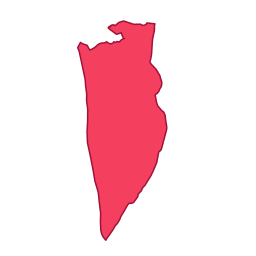 outline of Sikhottabong, Vientiane [prefecture], Laos, rotated 259°
{"feature_id": "54806243B78936618260326", "entity_name": "Sikhottabong", "entity_type": "district", "adm_level": 2, "iso_a3": "LAO", "parent_name": "Laos", "parent_adm1": "Vientiane [prefecture]", "projection": "equal_earth", "projection_center": [102.525, 18.0], "detail": "fine", "context": "isolated", "style": "filled", "palette": "rose", "viewbox_px": 256, "rotation_deg": 259, "n_neighbors": 0, "source": "geoboundaries", "source_scale": "gbopen_adm2", "svg_char_len": 2361}
<svg xmlns="http://www.w3.org/2000/svg" viewBox="0 0 256 256"><g transform="rotate(259 128 128)"><path d="M221.0,97.6L216.7,94.1L215.3,94.1L213.1,94.7L198.3,95.0L183.6,95.2L177.3,94.4L168.8,93.9L163.3,92.6L153.8,92.0L146.1,90.4L142.2,89.6L132.2,87.1L121.4,85.4L104.8,85.7L93.1,85.7L82.1,85.4L70.9,86.5L65.9,86.2L61.5,85.7L57.1,85.4L49.8,84.9L46.8,84.3L41.1,83.0L35.9,82.3L33.3,81.8L29.7,81.9L26.3,82.6L24.5,83.5L22.4,84.5L22.2,84.9L23.9,86.3L26.0,88.7L29.8,92.6L31.8,94.5L34.4,96.7L35.4,98.2L37.0,100.0L39.1,101.8L40.5,102.9L42.4,104.0L46.4,107.7L51.0,111.6L52.7,113.1L53.9,114.7L53.5,116.3L53.5,118.1L54.0,119.5L54.9,120.4L56.5,122.2L58.9,124.6L59.6,124.9L60.6,124.9L61.8,126.3L62.8,127.7L63.5,128.8L66.6,131.1L68.8,134.0L73.7,138.5L76.2,140.9L80.4,144.1L85.6,147.6L88.6,149.6L97.1,153.0L98.7,153.7L99.6,155.6L101.0,156.8L106.1,159.3L119.3,165.7L122.1,166.3L126.7,166.4L130.6,166.6L133.2,166.9L136.8,166.1L138.5,164.5L142.0,162.6L143.7,161.6L145.9,161.1L148.3,160.9L154.8,161.0L155.4,161.1L155.6,161.2L156.5,163.5L158.1,165.2L160.4,166.8L162.4,168.6L164.9,169.6L167.3,169.9L170.0,169.5L173.1,169.3L174.6,168.9L175.9,168.2L177.4,167.9L180.7,166.5L183.8,164.5L186.0,163.1L188.3,162.1L189.1,162.2L191.3,163.4L195.9,165.2L206.0,167.8L209.8,168.9L210.1,168.9L214.9,170.9L217.9,172.2L219.7,172.8L222.3,173.3L222.7,173.4L225.1,174.2L226.9,168.7L227.3,167.5L227.4,166.8L227.3,166.3L226.7,166.1L226.5,165.6L225.8,164.0L225.8,162.9L226.1,161.8L226.9,160.8L227.7,159.7L227.7,158.2L228.2,156.7L228.3,155.1L228.7,153.7L229.3,152.2L230.5,150.3L231.8,147.8L233.0,145.8L233.8,144.3L233.8,142.7L233.6,141.3L233.4,139.4L232.5,137.6L231.2,135.4L231.1,134.7L231.8,134.0L232.1,133.1L232.1,131.5L231.7,130.4L231.4,130.1L231.3,129.9L231.2,129.8L230.9,130.1L230.7,130.1L230.6,129.7L231.0,129.4L231.2,129.2L231.0,128.7L230.8,128.2L230.1,127.8L229.9,127.7L228.6,128.7L227.3,129.9L225.1,131.9L224.1,132.8L223.0,133.8L222.2,134.7L222.4,137.1L222.5,138.4L222.7,139.6L219.8,139.9L217.8,140.5L216.5,141.2L216.4,139.9L215.7,138.2L214.2,135.9L215.0,133.5L214.5,132.7L214.5,132.0L215.3,130.5L214.3,129.5L213.9,127.2L214.7,125.6L215.7,124.4L216.8,123.3L216.1,122.0L216.1,120.8L216.4,118.2L216.3,116.6L215.9,115.3L215.3,114.0L214.2,112.1L213.0,109.8L211.7,105.6L213.5,104.7L216.3,103.9L217.1,103.5L218.4,101.0L219.7,99.2L221.0,97.6Z" fill="#f43f5e" stroke="#9f1239" stroke-width="1.5"/></g></svg>